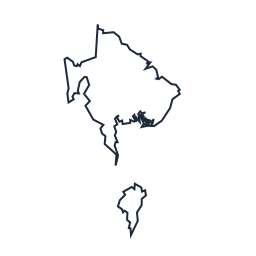 Tumaco, Nariño, Colombia, rotated 173°
{"feature_id": "7082276B11470740818947", "entity_name": "Tumaco", "entity_type": "district", "adm_level": 2, "iso_a3": "COL", "parent_name": "Colombia", "parent_adm1": "Nariño", "projection": "robinson", "projection_center": [-78.664, 1.822], "detail": "medium", "context": "isolated", "style": "outline", "palette": "slate", "viewbox_px": 256, "rotation_deg": 173, "n_neighbors": 0, "source": "geoboundaries", "source_scale": "gbopen_adm2", "svg_char_len": 1925}
<svg xmlns="http://www.w3.org/2000/svg" viewBox="0 0 256 256"><g transform="rotate(173 128 128)"><path d="M183.9,160.6L178.4,163.1L179.3,165.9L176.9,169.1L172.5,168.3L173.3,171.1L170.3,179.5L165.0,184.0L162.8,183.5L161.3,175.4L167.5,167.3L162.6,159.4L167.5,155.3L161.4,140.6L152.0,134.1L155.4,130.9L154.5,125.8L151.4,122.6L153.1,115.0L142.7,103.0L144.9,92.2L141.2,102.0L143.4,112.2L142.0,115.5L140.1,115.2L142.0,122.2L140.2,125.6L141.4,131.3L138.2,133.0L139.8,138.7L137.5,140.9L135.5,141.5L137.6,139.8L135.7,135.3L132.9,136.1L132.8,132.6L125.1,132.8L124.8,135.8L121.1,133.5L119.8,134.8L121.6,139.1L120.0,140.3L119.1,133.2L118.1,136.7L115.6,132.7L116.0,140.8L113.8,143.0L112.4,140.8L108.8,141.5L114.2,139.3L112.5,136.7L112.2,137.3L111.6,137.2L111.2,136.9L111.1,137.4L111.4,137.4L111.5,137.5L111.5,138.3L111.0,137.4L111.1,136.9L111.3,136.7L112.3,137.2L112.5,136.5L114.2,137.9L112.3,132.1L111.5,134.1L109.7,131.9L110.2,135.0L109.5,135.5L107.5,132.5L108.1,134.1L105.3,132.8L108.8,130.8L109.1,128.4L111.7,130.5L114.2,127.3L107.7,128.0L106.0,131.5L103.8,130.5L101.4,133.8L103.3,129.1L106.2,127.5L101.9,126.7L93.6,131.1L83.8,142.7L80.3,151.1L72.5,155.5L73.7,158.7L72.0,159.6L75.2,165.1L79.6,166.3L88.0,174.8L91.6,172.7L93.8,173.5L92.0,174.8L92.8,182.3L96.1,186.2L103.4,184.6L98.1,190.1L102.0,189.5L99.5,191.3L106.8,197.9L106.4,200.2L109.5,199.9L116.6,205.8L118.8,210.7L123.9,212.4L125.6,219.6L130.6,224.8L141.1,225.1L140.7,228.1L145.6,230.3L145.4,234.6L151.4,202.3L166.1,198.9L168.2,195.3L170.2,197.4L171.0,195.7L173.9,196.6L174.5,200.3L179.8,205.2L182.6,204.0L182.1,174.5L184.0,169.7L183.9,160.6ZM137.7,28.1L138.1,21.4L129.6,34.7L129.4,43.0L123.8,49.9L123.0,55.9L118.4,58.9L118.6,64.1L121.8,63.2L122.1,67.4L128.0,71.8L129.1,66.5L131.5,69.0L140.4,65.3L139.0,62.1L144.9,57.3L147.6,51.3L143.9,48.2L143.2,44.9L141.5,46.4L138.9,44.0L140.1,36.9L137.4,34.1L139.4,28.5L137.7,28.1Z" fill="none" stroke="#1e293b" stroke-width="2"/></g></svg>